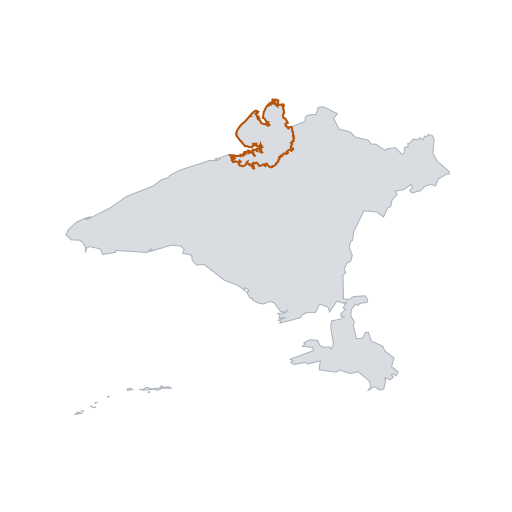 where Gujarat sits in India, rotated 81°
{"feature_id": "IND-3264", "entity_name": "Gujarat", "entity_type": "state/province", "adm_level": 1, "iso_a3": "IND", "parent_name": "India", "parent_adm1": "", "projection": "equal_earth", "projection_center": [71.839, 22.391], "detail": "fine", "context": "in_parent", "style": "outline", "palette": "amber", "viewbox_px": 512, "rotation_deg": 81, "n_neighbors": 0, "source": "natural_earth", "source_scale": "10m", "svg_char_len": 9724}
<svg xmlns="http://www.w3.org/2000/svg" viewBox="0 0 512 512"><g transform="rotate(81 256 256)"><path d="M104.4,211.8L110.3,210.2L110.9,205.3L121.7,207.4L128.9,203.9L131.3,206.4L134.8,204.1L130.7,186.3L126.7,185.7L124.9,182.9L125.5,174.5L118.8,171.2L119.2,165.9L128.2,153.4L132.3,157.8L143.5,154.3L148.3,143.3L154.1,139.5L159.0,127.1L163.4,124.9L164.3,120.2L171.8,112.0L170.6,109.9L170.9,101.3L178.6,95.9L177.7,93.8L172.1,92.2L171.8,88.6L168.7,88.5L168.1,85.5L165.1,82.8L166.5,78.5L164.7,75.6L167.5,72.6L164.0,70.9L164.6,68.7L162.8,66.8L164.5,63.2L167.9,61.7L182.1,65.2L190.9,62.1L202.8,52.0L205.3,52.2L205.0,55.2L208.4,63.8L215.0,67.9L212.6,71.7L213.6,78.6L217.1,83.0L218.2,92.1L215.2,94.0L212.9,90.8L209.7,91.8L213.5,99.4L213.8,108.1L217.4,107.0L221.5,112.6L228.3,115.3L228.9,118.4L237.4,123.9L231.4,129.9L228.3,142.3L247.1,155.6L255.8,158.3L256.5,160.4L262.3,162.5L270.6,160.8L276.1,163.5L277.0,167.1L283.0,171.1L286.3,169.9L288.8,173.2L312.0,176.3L313.5,171.5L311.3,165.8L312.4,154.5L316.8,152.4L319.2,153.6L319.0,160.4L320.7,163.2L319.2,165.2L323.7,170.2L330.2,171.8L336.1,169.2L340.3,170.8L353.4,169.7L353.9,163.6L348.6,159.9L348.8,157.1L358.2,155.4L364.8,145.0L370.0,143.6L378.3,135.6L386.5,139.4L392.7,133.7L396.3,136.5L394.0,138.8L394.4,141.0L397.3,139.2L399.1,143.2L396.4,148.0L399.7,147.4L407.4,150.7L407.9,154.6L403.5,159.5L406.3,166.0L402.3,163.0L396.7,164.0L386.3,173.3L386.9,181.0L381.7,191.2L383.3,195.0L378.2,211.5L369.6,208.8L370.8,222.0L368.8,223.4L369.2,234.8L366.8,238.3L364.7,236.2L363.3,238.4L358.5,214.2L355.2,214.2L352.4,224.2L350.4,221.1L349.1,222.4L347.2,215.7L349.0,208.4L354.3,207.0L356.5,204.0L357.4,197.3L359.9,196.4L355.3,193.3L338.4,193.4L332.0,191.5L331.4,182.4L329.6,178.6L328.5,181.5L326.6,181.5L322.6,175.9L320.8,178.1L315.8,173.7L316.6,176.4L313.2,183.2L322.7,192.0L317.6,193.0L313.4,200.9L321.0,205.9L319.7,214.3L321.6,220.3L323.8,221.3L326.1,243.0L324.0,241.7L322.9,244.0L321.5,236.4L321.1,243.0L317.9,241.6L316.2,243.3L316.7,236.1L313.9,232.8L316.3,236.4L314.3,240.6L305.4,245.2L303.0,249.0L304.5,256.7L302.3,262.2L298.4,266.6L297.0,265.9L296.8,268.2L290.0,271.1L289.2,268.3L286.5,270.2L285.8,272.5L288.6,272.1L281.6,279.3L274.8,291.2L256.4,308.5L255.5,316.3L250.2,319.6L245.1,319.5L241.9,327.9L238.3,325.9L234.5,328.6L232.0,337.9L235.1,361.0L233.4,357.7L232.4,359.3L235.5,362.9L228.7,392.8L230.5,394.5L230.5,407.4L224.8,408.3L220.7,418.5L221.6,421.9L225.9,424.0L221.2,422.9L215.1,425.3L212.6,428.4L211.2,435.9L205.3,440.4L200.4,436.9L194.7,428.3L192.2,420.2L191.2,413.2L193.6,418.9L192.4,413.3L185.5,392.1L176.9,374.5L170.7,346.3L166.0,337.9L164.7,329.4L163.0,328.7L159.3,317.8L154.3,286.2L155.6,280.8L155.3,278.9L153.8,281.4L153.5,279.9L153.6,276.8L155.4,277.1L153.3,275.8L152.0,269.1L154.4,257.1L151.5,247.1L152.7,245.7L151.4,245.8L156.7,241.7L150.6,242.4L152.3,238.5L150.4,238.5L150.7,235.8L153.4,234.8L146.8,234.3L147.8,236.8L145.3,240.6L147.6,244.8L145.0,250.2L134.5,256.1L128.7,254.7L112.7,234.0L113.6,231.9L116.0,234.0L125.5,230.0L128.9,222.6L120.1,227.3L115.6,226.0L109.3,221.2L107.0,215.8L110.8,211.8L105.1,215.4L104.4,211.8ZM370.7,389.6L368.5,384.6L371.1,379.5L371.4,362.9L373.5,360.2L371.9,369.0L373.2,374.9L371.8,376.4L370.7,389.6ZM384.1,452.8L384.2,460.0L382.3,456.1L384.1,452.8ZM368.6,404.0L367.2,404.1L366.9,401.1L368.6,398.9L368.6,404.0ZM379.0,441.3L378.9,443.4L378.5,441.5L379.0,441.3ZM380.6,438.4L380.1,441.2L380.2,438.3L380.6,438.4ZM382.6,450.3L382.0,452.5L381.6,451.6L382.6,450.3ZM372.4,424.3L371.4,424.4L371.9,423.2L372.4,424.3ZM370.3,390.6L369.3,391.8L369.8,390.0L370.3,390.6ZM373.7,382.2L374.2,384.2L373.0,382.7L373.7,382.2ZM376.3,437.9L375.5,437.5L375.8,436.4L376.3,437.9ZM370.2,368.9L369.7,371.1L369.9,368.7L370.2,368.9Z" fill="#d9dde1" stroke="#a8b0b8" stroke-width="1"/><path d="M134.3,204.7L135.2,203.9L135.1,203.6L134.1,203.2L134.1,202.2L133.8,201.5L134.1,200.7L135.0,200.1L134.9,200.0L136.7,200.8L137.7,200.4L138.5,200.6L139.1,200.1L140.1,200.0L141.0,200.5L142.3,200.2L142.6,200.7L143.0,200.8L143.3,200.1L144.2,200.5L144.7,199.9L145.4,199.8L145.9,200.5L146.7,200.8L148.3,200.7L148.3,201.0L147.5,201.2L147.5,201.4L147.9,201.8L148.4,201.9L148.6,202.3L149.2,202.4L149.7,203.7L149.9,203.5L150.2,202.6L150.6,202.5L151.9,203.2L152.4,204.2L154.3,204.7L154.9,204.3L155.3,202.8L156.3,202.6L156.4,204.0L157.1,204.4L157.5,204.2L157.7,204.5L157.4,205.0L156.8,205.0L156.5,205.6L156.2,206.7L156.5,207.5L157.4,208.4L158.0,209.5L158.6,209.1L158.9,208.3L159.1,208.3L159.6,209.1L159.9,210.6L159.3,211.2L159.2,212.8L159.7,212.9L160.1,213.7L160.7,214.0L160.7,215.4L161.4,214.9L161.9,215.4L162.0,217.7L162.4,217.6L162.9,218.0L163.9,217.7L164.8,219.1L165.0,219.2L165.3,218.8L165.6,218.8L166.9,220.1L167.1,220.4L167.3,221.5L167.5,221.7L168.2,221.5L169.3,222.9L169.7,224.1L169.9,225.7L170.4,225.6L170.8,226.2L170.9,226.7L169.9,229.1L168.9,229.4L167.5,230.9L166.7,230.7L166.4,230.9L166.3,231.3L167.1,232.2L168.1,232.2L168.7,232.6L168.1,233.4L167.5,233.5L167.0,233.1L166.7,233.5L166.8,235.2L167.6,237.1L167.5,238.8L166.7,239.0L165.5,239.9L164.1,240.4L163.9,240.9L164.0,241.8L164.4,242.6L164.1,243.3L163.5,243.7L164.2,245.1L166.1,244.4L167.3,244.5L167.7,244.2L168.2,244.6L169.2,244.2L169.3,244.8L168.7,245.4L167.3,245.9L166.6,245.8L165.7,246.7L165.3,248.2L164.5,248.6L164.1,248.3L163.7,249.5L162.9,250.0L162.2,250.0L161.4,249.6L161.5,249.9L162.3,250.7L163.0,250.7L164.8,252.7L165.1,254.0L165.2,255.6L164.2,257.0L164.0,258.0L163.0,258.6L162.2,258.6L161.8,257.9L160.7,257.0L160.3,256.4L159.8,257.1L159.4,257.3L159.9,257.7L160.0,258.2L160.3,258.3L160.4,259.0L159.4,261.4L159.6,261.7L159.7,262.8L159.6,264.1L158.3,264.0L158.1,264.8L157.6,265.1L157.3,265.0L157.4,264.3L157.2,264.1L156.8,264.1L156.6,264.6L156.1,264.7L155.9,263.7L156.7,263.0L156.9,262.7L156.3,262.5L156.2,261.9L155.5,262.5L155.1,262.5L154.9,263.1L154.4,263.1L154.4,263.4L154.9,264.1L155.0,264.9L154.2,265.2L153.2,265.2L152.4,265.7L152.9,263.6L152.9,262.7L153.2,261.6L153.6,261.3L154.3,261.1L154.2,260.4L153.9,260.0L154.3,259.1L154.3,257.8L154.6,256.7L154.4,256.2L155.0,255.8L154.7,255.4L154.7,254.9L154.5,255.2L154.3,255.1L154.5,254.3L153.8,254.7L154.1,253.8L153.8,253.4L154.3,252.9L154.3,252.6L153.7,252.8L153.1,252.0L153.0,251.8L153.6,251.9L153.9,251.7L153.5,250.5L152.9,250.8L152.8,250.6L152.7,251.1L152.3,251.3L152.6,250.3L152.5,250.0L152.1,250.2L152.0,251.0L151.7,251.2L151.4,250.9L151.6,250.4L152.7,249.5L151.7,248.8L151.7,248.5L151.4,248.8L151.1,247.5L151.7,247.2L151.0,247.1L150.9,246.9L151.6,246.6L152.6,245.7L152.8,245.9L152.7,245.5L151.1,246.4L151.4,245.4L153.1,244.1L153.6,243.2L154.3,243.2L156.7,241.9L156.9,241.6L156.7,241.5L154.7,242.6L154.0,242.5L153.3,242.8L151.4,242.6L150.7,242.9L150.5,242.5L150.9,240.3L151.4,239.2L152.2,239.0L152.7,238.2L152.4,238.2L152.2,238.5L151.5,238.6L150.6,239.4L150.2,238.5L150.5,236.1L151.0,235.3L151.6,235.1L152.8,235.8L153.5,234.8L153.8,234.7L154.4,235.1L154.6,234.9L154.6,234.5L154.5,234.1L154.3,234.4L153.5,234.2L152.9,234.6L150.9,234.0L149.8,234.8L149.8,234.4L149.0,234.5L148.9,233.7L149.1,233.4L149.1,232.9L148.7,233.2L148.3,234.4L147.8,234.4L147.7,233.9L147.4,233.8L147.1,233.8L147.0,234.2L146.4,234.2L146.9,234.5L147.4,234.0L147.4,234.7L148.1,234.8L148.1,237.0L147.6,237.9L147.2,238.0L146.7,238.5L146.3,238.0L145.9,238.0L146.2,238.3L146.1,238.5L145.7,238.4L145.9,238.9L145.4,238.8L145.2,239.0L146.0,239.3L146.5,239.2L146.4,239.4L146.7,239.7L146.7,240.4L146.2,240.3L145.5,239.6L145.4,239.8L145.8,240.0L146.0,240.5L144.9,240.1L144.8,241.0L145.1,240.9L145.1,241.3L146.6,241.0L147.2,242.4L147.7,242.5L148.0,243.4L147.2,246.0L146.0,247.9L146.0,248.1L145.8,248.8L146.0,249.4L144.8,250.4L144.1,250.5L142.3,251.9L141.9,251.9L140.4,253.0L140.1,253.1L140.3,252.7L140.1,252.8L139.1,254.0L137.6,254.5L135.7,255.7L135.2,255.8L134.9,256.1L134.0,256.1L133.9,256.5L132.5,256.6L131.8,256.3L131.4,256.4L129.3,255.1L127.1,253.4L124.1,250.2L121.9,246.8L121.6,245.7L121.0,245.4L119.7,243.6L119.0,243.1L118.1,241.6L117.5,241.2L117.2,240.7L117.1,239.9L116.9,240.2L116.6,240.1L115.1,238.4L113.0,235.2L112.4,233.9L112.9,232.1L113.8,231.3L113.9,231.6L113.6,232.0L113.8,232.4L114.6,232.4L114.9,232.0L115.2,232.2L114.8,233.4L115.3,234.2L116.1,234.1L116.9,233.4L118.1,233.2L118.6,232.5L118.5,231.7L118.9,231.7L118.9,232.7L119.6,233.0L120.1,232.3L120.5,232.4L120.8,231.3L121.5,232.2L121.9,231.5L122.4,231.4L123.4,230.4L125.6,230.1L127.1,227.0L127.1,226.4L127.7,225.3L128.5,224.4L128.8,224.4L129.0,224.2L129.3,223.2L129.0,222.4L128.6,222.1L127.9,222.9L128.0,223.6L127.8,224.7L126.9,224.8L126.2,223.9L126.0,224.5L125.4,224.6L125.1,224.3L125.1,224.0L124.8,224.5L125.1,224.9L121.9,225.9L121.3,226.3L120.7,227.5L119.3,227.3L116.7,226.3L115.2,226.0L113.5,224.6L111.7,223.6L109.5,221.7L109.4,221.3L108.9,220.7L109.0,220.7L109.2,220.1L108.4,220.2L108.5,219.4L109.0,219.3L108.5,218.7L108.1,218.7L108.0,218.2L108.3,217.9L107.9,217.9L107.6,218.2L107.4,218.0L107.5,217.6L107.2,217.7L107.7,216.6L107.2,216.1L107.3,216.8L106.9,216.9L106.9,215.1L107.8,215.1L107.6,214.6L108.3,214.3L108.8,213.5L109.4,213.1L109.7,212.3L110.3,212.3L111.3,211.5L110.7,211.5L110.2,212.0L109.3,212.1L109.0,212.8L107.1,213.8L106.2,215.1L106.3,215.2L106.1,215.6L104.5,215.5L104.1,215.2L104.7,214.6L105.1,214.8L105.5,214.5L105.6,214.2L105.2,214.4L104.8,214.0L104.7,212.9L104.4,213.3L104.4,213.2L104.6,212.0L104.8,211.5L105.4,211.2L105.4,210.7L105.8,211.0L106.3,210.2L106.4,210.6L107.2,210.2L110.3,210.2L110.4,205.7L110.6,205.1L111.1,205.1L111.3,206.2L111.5,206.4L112.2,205.2L113.0,206.1L114.0,205.7L115.0,206.2L116.2,205.7L119.2,205.8L120.3,207.1L121.3,207.4L123.9,207.3L124.3,206.9L124.9,205.4L126.3,205.1L126.9,204.6L127.5,204.6L128.2,204.1L129.3,203.7L129.7,203.8L129.8,204.1L129.5,204.6L129.7,205.7L130.3,206.3L131.9,206.4L132.7,206.0L132.6,205.4L133.4,204.6L134.3,204.7Z" fill="none" stroke="#b45309" stroke-width="2"/></g></svg>